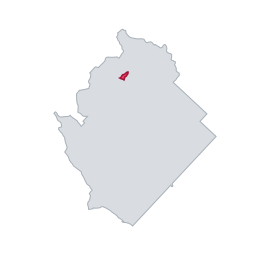 Al Lait, North Darfur, Sudan (highlighted), rotated 133°
{"feature_id": "16777658B5363831702357", "entity_name": "Al Lait", "entity_type": "district", "adm_level": 2, "iso_a3": "SDN", "parent_name": "Sudan", "parent_adm1": "North Darfur", "projection": "mercator", "projection_center": [26.82, 11.965], "detail": "fine", "context": "in_parent", "style": "filled", "palette": "rose", "viewbox_px": 256, "rotation_deg": 133, "n_neighbors": 0, "source": "geoboundaries", "source_scale": "gbopen_adm2", "svg_char_len": 4455}
<svg xmlns="http://www.w3.org/2000/svg" viewBox="0 0 256 256"><g transform="rotate(133 128 128)"><path d="M167.8,192.2L165.8,192.2L165.6,191.7L165.7,190.5L165.9,189.5L166.6,188.0L166.4,187.2L166.5,186.0L166.0,184.7L161.4,180.8L160.5,179.7L158.0,178.8L158.4,177.7L157.4,169.7L157.9,168.8L158.1,167.4L158.0,166.2L158.6,164.2L158.7,163.3L153.8,163.2L153.7,164.1L154.0,165.1L153.9,165.5L147.1,165.5L149.8,168.6L150.0,170.0L149.8,171.7L149.8,172.8L150.0,173.5L150.7,174.9L150.7,175.2L150.5,175.5L145.7,179.6L144.9,181.6L144.2,182.6L142.8,184.3L138.4,188.7L137.6,189.0L134.3,189.1L133.9,189.2L133.7,189.4L130.6,186.8L125.8,183.7L122.6,185.3L121.7,185.9L121.7,187.4L121.2,188.2L120.3,189.0L118.0,189.5L116.7,190.0L115.3,190.8L113.8,192.2L113.7,193.0L113.9,193.6L105.7,193.6L105.1,193.1L103.9,190.7L103.1,190.9L95.6,190.6L94.6,190.8L92.4,191.8L91.4,192.0L90.3,191.5L86.3,186.9L85.5,186.4L84.6,185.3L83.7,184.8L83.5,184.5L83.4,184.0L83.4,183.0L83.1,182.3L82.5,182.2L77.2,183.2L76.5,183.1L75.3,183.3L75.0,183.5L74.5,184.1L74.4,185.4L74.3,186.0L73.9,186.7L72.4,188.2L72.1,188.9L72.1,190.6L72.0,191.5L71.8,191.9L71.2,192.6L70.9,193.0L70.7,195.1L69.8,196.5L69.6,196.9L69.6,197.9L69.5,198.2L67.1,198.9L66.2,199.4L65.6,200.2L65.5,200.5L64.5,200.2L63.2,200.0L60.7,199.8L59.7,199.5L59.2,198.9L59.4,197.6L59.1,197.3L58.7,197.1L58.4,196.5L58.5,195.8L59.8,194.3L60.1,193.5L60.4,189.6L60.3,188.4L59.3,186.3L56.9,182.5L56.3,181.8L53.3,178.7L53.0,178.2L52.2,176.9L53.0,174.1L53.1,173.3L52.9,172.5L52.1,171.9L51.5,171.8L50.6,171.0L50.0,170.7L49.5,170.0L49.1,169.1L49.4,165.7L49.2,165.2L48.4,165.1L48.3,164.9L48.3,164.2L47.9,162.3L47.4,160.7L47.7,159.8L47.0,158.6L45.8,158.1L43.4,158.5L42.6,158.4L42.1,158.2L41.8,157.8L41.6,157.3L41.8,156.5L42.4,155.0L43.3,153.8L45.0,152.8L45.5,152.2L45.7,151.6L45.8,150.8L45.7,150.1L45.5,149.4L45.0,148.4L44.5,147.3L44.5,146.6L44.7,146.0L45.2,145.4L46.9,144.1L48.6,143.1L48.9,142.7L48.8,142.3L48.0,141.4L47.8,139.8L47.3,138.6L48.2,137.7L48.9,137.4L49.9,137.1L50.3,136.8L50.4,136.1L50.4,135.4L50.7,134.9L51.2,133.8L51.6,133.3L53.0,132.1L53.3,131.3L53.4,130.5L53.0,128.1L53.8,127.1L54.8,126.3L56.2,126.4L58.4,126.2L59.9,125.9L61.0,125.9L63.4,126.3L63.7,126.1L63.8,125.5L63.8,79.9L73.9,79.9L74.1,79.8L74.1,57.8L138.2,57.8L138.7,57.7L139.7,55.7L140.2,55.5L140.8,55.6L141.1,56.1L140.5,57.8L196.5,57.8L196.6,60.3L197.1,62.3L198.7,65.2L200.0,66.8L200.5,67.6L200.5,68.0L200.5,68.4L200.1,68.0L199.4,67.7L199.3,69.0L199.6,71.8L200.2,73.7L199.8,75.5L199.8,78.5L200.5,82.1L200.4,84.4L201.6,89.7L202.7,92.7L203.3,93.4L204.0,93.8L205.4,94.1L207.3,95.6L208.9,97.2L209.5,98.0L210.2,98.9L210.7,98.7L211.1,98.5L211.6,99.2L214.0,100.8L214.4,101.5L213.5,102.3L212.5,103.5L212.0,104.7L211.7,105.0L210.9,105.7L210.7,106.1L210.4,106.3L210.0,106.3L209.2,106.7L208.4,106.6L207.6,106.8L207.3,107.1L206.7,107.3L205.9,107.5L204.6,108.4L203.5,108.9L203.1,109.3L202.5,111.2L202.1,111.7L200.4,111.8L199.6,111.9L198.5,111.7L197.9,111.8L197.8,112.2L197.6,113.8L197.6,114.5L196.7,116.4L197.0,120.0L196.0,122.6L195.9,123.2L195.0,125.3L194.5,126.1L193.4,130.0L192.9,131.1L191.9,132.4L192.9,141.7L192.1,144.6L192.1,146.1L191.6,148.4L191.1,149.5L190.4,150.8L189.7,152.2L189.2,154.1L188.8,157.6L188.7,157.9L185.7,158.4L184.8,158.6L184.1,159.0L183.4,159.9L181.9,162.4L181.1,164.0L179.8,166.0L178.4,167.5L178.1,168.2L177.9,169.6L177.3,171.7L176.8,173.2L176.9,174.4L176.5,176.5L176.5,177.5L176.0,178.1L175.4,178.6L174.9,178.8L172.8,177.4L171.4,178.3L170.5,179.7L169.8,181.0L170.2,183.9L170.2,184.6L170.0,185.3L168.6,188.1L168.2,189.4L167.8,191.7L167.8,192.2Z" fill="#d9dde1" stroke="#a8b0b8" stroke-width="1"/><path d="M92.9,168.2L93.0,168.2L93.4,168.2L93.6,168.2L93.8,168.2L94.0,168.1L94.3,168.0L94.4,167.9L94.6,167.9L94.8,167.9L95.0,167.8L95.5,167.8L96.1,167.8L96.5,167.8L97.1,168.1L97.0,167.6L96.8,167.1L96.8,166.9L96.7,166.8L96.6,166.6L96.5,166.4L96.3,166.0L96.2,165.6L95.9,165.1L95.7,164.8L95.5,164.5L95.5,164.4L95.6,164.2L95.6,163.9L95.6,163.7L95.1,163.9L94.5,164.2L94.4,164.3L93.5,164.7L93.1,165.0L92.8,165.0L92.5,165.0L91.9,164.8L91.6,164.7L91.3,164.6L91.0,164.6L90.3,164.8L89.7,165.0L89.4,165.0L89.0,165.0L88.4,165.1L88.0,165.3L87.6,165.6L87.4,165.8L87.1,166.1L87.0,166.3L87.8,166.7L88.2,166.9L88.8,167.0L89.2,167.0L89.6,167.0L89.9,167.1L90.1,167.1L90.3,167.1L90.7,167.2L90.9,167.2L91.1,167.2L91.3,167.3L91.5,167.4L91.7,167.6L91.8,167.6L92.0,167.7L92.1,167.8L92.3,167.8L92.4,168.0L92.5,168.0L92.9,168.2L92.9,168.2Z" fill="#f43f5e" stroke="#9f1239" stroke-width="1.5"/></g></svg>